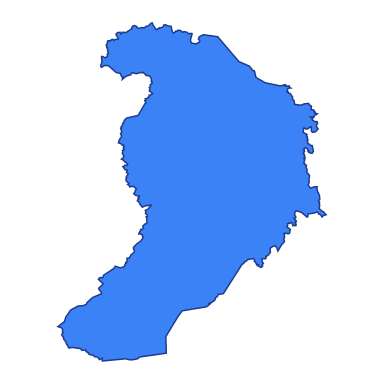 outline of Castlebar Lea-7, Mayo, Ireland
{"feature_id": "5873133B79217415432935", "entity_name": "Castlebar Lea-7", "entity_type": "district", "adm_level": 2, "iso_a3": "IRL", "parent_name": "Ireland", "parent_adm1": "Mayo", "projection": "robinson", "projection_center": [-9.299, 53.81], "detail": "fine", "context": "isolated", "style": "filled", "palette": "blue", "viewbox_px": 384, "rotation_deg": 0, "n_neighbors": 0, "source": "geoboundaries", "source_scale": "gbopen_adm2", "svg_char_len": 5949}
<svg xmlns="http://www.w3.org/2000/svg" viewBox="0 0 384 384"><path d="M101.5,67.3L104.7,65.4L108.4,65.7L116.2,72.5L120.3,73.5L121.6,76.5L122.8,77.2L122.3,79.3L126.1,76.2L130.7,74.8L132.1,72.6L136.3,73.7L140.6,72.5L142.3,72.9L143.1,72.2L146.3,75.6L149.1,75.7L150.3,76.9L151.7,80.0L151.2,81.5L152.4,82.6L150.2,84.9L150.5,85.2L150.2,86.9L149.3,87.5L149.8,88.7L149.8,90.3L149.3,90.8L152.6,93.6L150.2,95.3L149.1,95.2L149.4,96.7L148.2,97.2L148.1,98.1L145.2,98.8L145.6,100.3L144.8,100.6L146.0,102.8L145.1,103.5L138.1,115.4L126.8,118.0L124.2,120.4L124.2,121.8L122.9,123.2L122.1,125.9L121.1,126.9L121.3,128.1L120.7,128.3L121.8,132.2L120.5,133.8L121.5,135.5L121.4,137.0L119.6,139.3L118.4,142.8L121.4,144.0L122.2,145.2L123.7,145.2L123.4,146.0L124.0,146.7L123.3,148.3L124.2,149.7L122.5,150.5L122.8,151.7L122.3,153.1L123.9,156.0L122.9,158.2L121.5,159.1L123.9,160.4L124.5,161.7L126.2,162.6L127.7,164.7L127.2,165.3L124.6,165.3L124.0,166.5L122.9,166.6L125.0,169.6L127.0,169.9L126.5,172.2L128.2,174.0L126.2,177.0L126.5,178.2L125.9,178.9L126.2,181.0L128.9,183.5L127.7,184.6L128.9,185.1L129.7,186.9L133.2,186.2L136.4,188.9L135.2,190.7L135.0,192.2L133.7,193.6L135.5,195.3L139.4,196.2L138.1,197.7L139.0,198.8L138.1,199.0L137.3,200.8L138.8,201.9L139.9,204.2L142.3,207.2L146.2,205.5L147.6,205.8L150.8,204.9L151.1,205.7L147.7,209.3L145.3,210.4L145.8,211.9L145.5,213.4L147.1,215.0L147.5,216.4L146.1,216.9L146.8,218.4L146.8,223.6L144.9,224.0L142.8,226.1L143.4,227.9L141.6,229.7L140.6,229.5L140.4,230.8L138.8,233.4L138.8,234.0L140.8,233.9L142.5,234.9L142.3,235.7L142.9,236.8L142.7,238.6L139.9,241.7L137.0,243.7L133.5,247.3L133.5,249.0L134.2,249.6L134.3,252.1L130.9,255.0L129.5,257.7L126.8,258.4L127.3,260.7L125.8,262.5L126.3,263.1L125.6,263.3L124.1,266.7L120.2,267.9L115.3,266.2L113.9,268.4L103.4,275.4L103.0,277.6L99.7,277.6L98.4,279.4L103.2,283.9L98.6,288.3L99.4,290.1L101.3,292.2L101.6,293.7L92.6,297.5L87.0,302.6L86.2,304.5L83.2,305.6L77.8,306.1L70.6,310.1L65.8,317.1L64.5,321.5L57.9,326.6L61.4,327.7L62.8,329.7L62.4,331.7L63.0,332.9L61.8,334.4L62.0,335.4L63.5,337.6L63.6,338.9L65.8,341.9L66.7,344.6L67.9,345.8L68.3,347.5L69.1,348.0L68.8,348.3L70.6,347.5L72.6,347.5L80.7,348.6L81.7,350.3L85.9,350.0L85.7,350.9L86.3,351.8L88.4,352.5L88.3,353.5L89.2,354.4L93.5,355.3L94.4,356.7L97.5,357.0L99.6,359.6L102.2,358.3L102.3,361.0L125.5,358.8L129.8,359.8L133.1,359.7L137.8,358.7L139.1,357.4L140.9,356.8L166.3,353.2L165.8,336.7L178.0,316.5L182.2,310.8L206.4,306.8L208.1,305.6L210.1,303.9L209.1,303.5L212.0,302.3L214.8,300.2L215.6,297.7L217.4,296.5L218.2,294.5L223.4,293.6L242.0,264.4L243.6,263.5L244.5,261.8L245.9,261.5L247.7,259.5L253.7,258.6L254.7,260.4L254.3,261.4L255.3,261.8L256.8,265.0L257.5,264.4L258.5,264.7L258.1,266.0L260.9,267.4L261.8,267.1L262.7,265.9L262.2,265.0L263.4,263.2L262.5,262.3L261.7,258.9L265.5,258.7L265.9,258.3L265.9,256.7L266.4,256.8L266.6,256.1L268.9,254.6L269.1,253.7L270.4,252.6L270.1,248.3L272.5,246.6L275.2,245.8L276.9,247.9L277.9,251.0L281.5,245.0L284.5,241.5L283.8,238.9L284.5,237.7L284.5,234.8L283.8,233.5L286.0,233.1L288.1,233.9L289.6,233.1L290.3,229.4L286.8,226.8L287.7,225.5L287.4,223.9L289.0,222.9L289.5,223.5L291.4,222.5L292.1,223.2L292.8,225.7L295.3,225.6L295.0,225.1L296.0,225.1L296.1,224.2L294.9,222.2L296.2,221.9L296.3,221.0L294.0,218.3L295.7,217.8L295.6,216.3L294.7,215.4L294.8,212.7L295.4,211.3L297.4,211.0L301.6,212.5L307.0,217.1L307.7,216.9L308.2,213.9L314.4,213.0L316.9,211.8L318.9,213.5L318.7,214.0L320.7,214.8L322.0,217.0L323.4,215.6L326.1,214.7L323.1,211.5L321.9,211.1L319.2,208.6L319.7,205.0L319.1,202.5L319.5,202.4L318.5,200.5L319.8,199.6L319.5,195.7L318.3,192.6L317.6,192.1L316.9,187.4L317.2,186.8L314.2,186.8L310.5,188.2L308.2,185.2L309.3,181.7L308.9,179.9L309.6,175.6L307.5,173.0L306.8,172.8L307.1,169.5L306.0,167.4L306.5,165.3L305.1,164.9L304.6,164.0L304.8,163.7L303.8,162.9L304.8,159.7L304.0,158.8L304.1,157.9L304.7,158.0L304.4,157.4L304.9,157.3L304.5,154.9L303.5,154.1L303.9,153.0L303.5,152.6L304.3,151.6L303.7,151.5L304.2,151.4L304.3,150.5L303.8,150.2L304.3,150.1L304.0,148.6L304.5,148.0L306.7,148.2L307.9,149.6L307.7,150.6L308.6,152.0L309.0,151.8L308.8,152.3L309.8,152.9L312.1,153.3L313.4,151.4L312.2,145.6L310.3,145.3L309.7,144.4L307.5,143.4L307.8,141.0L307.2,140.1L307.9,139.2L307.3,138.7L307.3,136.7L306.5,136.0L307.0,134.4L303.2,132.4L303.6,128.4L304.1,127.8L306.1,129.1L307.9,128.8L309.8,127.1L311.1,126.8L311.5,131.4L312.4,132.3L315.3,131.9L318.0,129.1L318.1,128.6L316.8,127.5L316.5,124.8L317.6,123.1L317.1,121.6L315.3,121.7L312.6,120.3L312.2,119.2L312.7,118.5L312.0,118.5L310.4,117.0L314.0,117.0L314.4,115.7L317.3,113.8L315.2,113.2L315.2,112.1L313.9,111.8L314.1,110.6L313.8,110.0L311.1,109.6L311.4,106.1L309.9,105.3L308.5,103.4L304.6,103.8L300.5,105.2L294.7,104.4L294.0,100.4L292.5,99.2L292.6,97.0L290.0,93.3L288.4,93.2L288.2,92.1L287.0,92.0L287.6,90.1L287.4,89.3L288.2,88.3L290.6,88.0L289.7,87.5L289.1,85.8L287.0,86.4L285.3,84.6L284.2,84.9L285.0,85.7L282.9,85.3L280.7,86.0L265.3,82.8L256.0,77.5L254.4,70.8L253.1,70.9L249.5,66.2L238.9,61.6L217.7,36.7L203.2,34.7L199.2,36.9L198.4,39.2L199.8,40.6L199.5,42.1L195.9,43.9L191.3,43.0L190.6,40.7L190.6,39.0L191.7,35.8L191.6,34.0L192.1,33.9L191.8,33.4L188.4,33.6L186.9,32.2L184.0,31.6L182.7,32.3L180.7,30.7L178.2,30.1L177.2,31.2L175.8,31.0L174.6,32.6L173.3,32.9L172.2,31.5L171.1,26.3L168.3,26.0L165.3,24.7L163.7,25.1L163.7,25.9L162.4,27.3L159.9,28.1L159.7,27.7L156.2,29.7L152.7,24.5L152.4,23.0L151.1,23.1L148.3,25.9L145.7,26.5L144.4,28.0L141.7,27.5L139.2,28.4L136.9,27.6L136.7,26.5L134.5,25.5L132.7,26.1L131.7,27.7L131.8,28.7L125.9,32.6L122.8,32.2L121.8,33.7L120.7,33.9L120.5,32.3L117.9,32.5L116.2,33.6L116.2,35.2L118.4,38.2L118.0,39.3L115.8,39.3L113.8,40.5L113.5,39.6L112.6,39.4L111.1,39.8L110.8,40.7L108.0,40.8L108.2,41.5L107.4,41.8L107.5,42.7L106.2,45.2L107.0,46.4L106.7,47.5L107.3,47.6L107.8,51.7L108.5,53.0L107.2,54.1L107.5,56.2L105.3,57.9L102.2,56.3L101.5,56.8L102.0,62.2L100.8,65.1L100.9,66.7L101.5,67.3Z" fill="#3b82f6" stroke="#1e3a8a" stroke-width="1.5"/></svg>